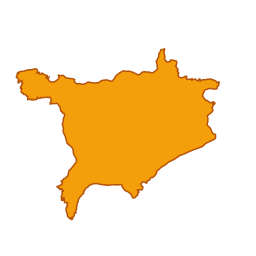 outline of Futuna, Vanuatu, rotated 258°
{"feature_id": "77236927B67175476765241", "entity_name": "Futuna", "entity_type": "district", "adm_level": 2, "iso_a3": "VUT", "parent_name": "Vanuatu", "parent_adm1": "", "projection": "equal_earth", "projection_center": [170.22, -19.529], "detail": "fine", "context": "isolated", "style": "filled", "palette": "amber", "viewbox_px": 256, "rotation_deg": 258, "n_neighbors": 0, "source": "geoboundaries", "source_scale": "gbopen_adm2", "svg_char_len": 5740}
<svg xmlns="http://www.w3.org/2000/svg" viewBox="0 0 256 256"><g transform="rotate(258 128 128)"><path d="M150.7,225.5L152.2,225.8L153.4,226.6L154.1,226.6L154.2,226.0L153.6,225.3L153.6,224.9L154.4,224.2L155.4,223.9L156.5,222.7L158.9,218.6L159.0,216.3L159.3,215.1L159.0,214.6L159.1,213.5L159.5,212.3L159.6,211.2L159.3,209.2L158.9,208.3L159.1,208.1L160.1,208.8L161.1,208.3L160.9,207.3L159.6,206.3L159.7,205.7L160.2,205.0L161.5,204.5L161.9,203.9L161.9,202.3L161.6,200.5L162.6,201.0L162.9,200.8L162.7,199.4L162.8,198.7L163.1,196.6L163.5,195.7L164.9,195.3L165.4,196.1L166.1,196.2L166.7,195.5L166.6,194.2L166.1,193.4L166.0,190.5L166.5,189.4L167.2,188.7L168.1,188.0L169.7,188.1L170.6,188.3L171.0,189.0L171.5,189.0L172.3,188.7L172.8,188.0L173.5,187.9L174.6,189.2L178.6,187.5L179.1,188.2L180.4,188.6L181.0,189.1L183.0,189.4L183.5,189.0L184.0,187.8L184.8,186.6L185.6,184.0L185.3,183.3L184.5,183.2L184.3,183.0L184.2,181.1L184.3,180.4L184.7,179.5L185.7,179.3L186.5,178.3L188.8,178.3L189.6,178.9L190.0,179.0L193.6,178.8L195.4,179.2L197.2,180.1L197.8,180.1L197.8,179.3L197.2,178.7L197.8,177.4L197.7,176.5L195.7,175.2L194.8,173.9L191.1,172.7L190.1,171.7L188.0,170.3L187.3,169.4L183.6,169.8L182.7,169.3L180.2,169.3L179.6,168.9L178.0,166.7L177.6,165.4L176.8,163.9L176.9,162.6L178.2,160.5L179.1,157.1L179.6,155.9L179.7,153.4L177.8,150.6L178.0,149.0L180.0,146.2L181.4,144.5L182.2,142.8L182.9,142.0L183.5,140.2L183.8,137.7L184.7,136.1L184.8,135.4L184.7,134.5L183.8,131.6L182.0,127.8L180.8,126.2L179.5,125.3L177.2,122.3L177.4,120.6L178.0,120.0L179.3,117.5L179.7,115.9L179.7,114.4L179.9,113.6L179.7,111.3L178.6,109.2L178.6,107.8L179.0,104.0L180.9,99.6L181.2,98.3L181.1,97.5L180.5,96.6L180.2,95.7L180.1,93.3L180.5,91.8L181.5,89.8L182.1,86.7L184.6,85.2L186.5,85.8L187.5,84.4L189.9,77.8L192.9,75.6L193.2,74.7L193.1,72.4L194.2,71.4L194.1,70.9L193.9,70.8L191.3,70.8L190.5,70.4L188.4,65.6L188.3,64.7L188.7,64.1L188.9,62.6L189.3,61.8L190.3,60.8L192.3,60.0L194.1,61.1L193.7,60.1L193.7,59.2L194.1,58.4L194.5,58.3L195.3,59.9L196.1,59.9L197.0,58.0L198.5,56.6L198.7,55.8L199.5,55.5L198.8,54.2L198.9,52.9L199.8,52.6L200.7,53.1L201.0,52.7L200.5,51.9L200.7,50.2L202.9,51.6L204.5,51.0L204.9,50.3L205.2,48.6L205.1,45.1L205.6,43.2L205.5,41.7L205.7,41.1L205.1,37.8L205.7,35.2L205.2,32.1L204.9,31.6L204.6,32.8L204.3,32.8L203.2,30.7L201.3,29.4L200.6,29.5L198.2,31.4L197.5,31.3L196.9,30.2L195.2,30.0L194.9,30.2L195.1,31.1L196.1,32.4L196.3,33.9L195.5,33.5L194.9,33.5L194.0,34.4L193.2,33.5L192.0,32.9L191.0,31.8L190.1,31.2L189.1,31.1L189.0,31.3L189.1,32.2L188.9,32.3L187.1,31.4L184.7,31.1L184.6,32.0L184.2,32.5L183.2,32.6L182.7,32.9L181.8,34.9L180.3,35.5L179.7,36.6L176.6,35.8L176.5,37.6L176.1,38.2L176.4,39.3L175.3,39.9L175.9,41.3L175.2,41.6L175.0,42.0L175.0,44.1L175.2,45.1L175.5,45.3L176.7,45.3L176.8,45.7L176.2,46.1L175.2,47.9L175.2,48.3L175.8,49.1L176.0,49.7L175.4,50.3L175.4,51.5L175.1,53.5L175.2,55.0L174.8,55.8L174.3,56.2L174.5,57.7L174.2,58.2L173.8,58.5L171.5,58.5L170.8,58.8L170.0,58.2L169.3,57.3L167.7,56.9L167.5,57.2L167.7,58.9L166.9,62.1L167.0,63.4L166.6,63.9L165.6,64.6L162.5,65.9L158.8,65.7L157.5,66.9L156.3,67.1L156.0,67.3L155.8,68.2L155.1,68.8L152.7,68.2L150.6,66.7L147.2,65.9L146.5,65.1L145.7,64.6L143.4,64.6L141.2,64.9L139.3,64.0L136.9,63.9L132.0,65.0L125.9,65.2L124.7,66.1L123.6,66.6L122.9,67.7L122.1,68.2L120.0,69.3L118.5,69.7L117.2,69.8L115.9,69.4L113.9,69.4L111.6,69.9L110.2,70.7L108.4,70.9L105.7,70.6L99.8,63.6L98.6,61.5L93.6,59.1L92.8,57.3L91.9,56.2L91.7,54.6L90.5,53.7L90.3,52.3L89.8,51.6L89.1,51.6L88.4,52.5L87.9,52.4L87.5,51.9L86.7,51.8L86.3,51.2L86.0,48.9L85.6,48.2L85.5,46.4L85.0,46.4L84.6,47.3L83.4,47.9L83.1,48.8L82.1,48.5L82.0,49.0L82.5,49.8L82.4,50.4L81.9,51.0L80.6,50.6L80.3,51.7L79.8,51.6L79.5,51.3L79.3,50.2L76.9,49.9L74.4,48.2L73.7,48.2L73.0,48.6L73.0,49.0L73.3,49.8L73.1,50.8L72.3,51.0L72.1,50.5L72.1,48.2L71.8,47.9L71.2,48.0L70.9,48.4L70.7,49.8L70.8,50.7L68.3,50.5L68.1,51.7L67.6,52.3L67.3,53.3L66.0,52.4L64.1,52.4L63.5,51.6L62.7,51.0L60.7,50.3L56.1,50.7L54.9,50.5L53.5,50.9L52.7,51.7L51.7,51.9L51.7,53.0L52.2,53.9L52.2,54.2L50.8,53.3L50.3,53.4L50.3,54.3L50.8,55.0L52.2,55.7L53.1,56.9L56.0,57.9L56.1,58.4L55.6,59.0L55.7,59.3L57.1,59.5L59.0,60.4L59.7,61.0L61.2,61.2L62.4,61.9L64.3,62.2L66.0,63.7L68.2,64.5L70.5,66.7L71.6,68.4L72.5,69.2L73.2,71.1L74.8,71.1L76.0,72.7L77.2,73.4L78.0,74.6L78.5,76.5L79.3,77.1L79.8,78.1L80.7,82.3L80.1,86.2L78.9,88.6L78.6,89.6L78.0,90.5L77.7,92.4L76.9,93.7L76.6,95.6L76.0,96.5L76.0,98.7L75.7,101.9L74.7,104.8L74.1,109.5L73.7,110.1L72.1,110.0L68.3,111.6L66.8,112.9L65.5,114.8L63.3,116.6L61.5,117.5L58.8,118.0L58.3,119.4L58.4,120.2L59.7,122.0L59.9,122.8L60.6,123.5L62.4,124.2L62.7,125.1L63.0,125.3L64.0,125.1L64.7,124.3L65.3,124.3L65.6,124.6L64.7,127.9L64.8,129.0L65.2,129.5L67.3,130.3L69.3,129.0L70.2,128.9L71.2,129.5L72.0,130.8L72.0,131.8L71.7,133.1L70.6,134.0L70.2,134.7L70.5,135.1L72.2,135.7L72.5,138.1L74.6,140.0L74.8,141.1L74.5,141.6L74.6,142.2L76.1,144.7L78.2,146.7L79.5,146.9L80.6,148.6L81.4,150.2L82.5,151.9L83.8,155.3L84.2,157.1L85.9,159.7L87.9,167.2L89.9,171.9L90.5,174.1L91.2,178.9L91.6,180.1L93.3,188.5L93.6,191.8L94.0,194.7L94.4,195.6L94.4,196.3L94.2,196.5L96.9,201.2L98.7,208.9L99.5,211.0L100.8,211.8L103.6,212.2L104.1,210.7L104.8,210.1L106.9,209.2L110.6,208.6L113.9,206.4L115.3,206.1L117.4,207.3L121.0,208.2L122.9,208.0L123.6,208.3L125.7,212.6L126.9,214.3L127.8,214.8L130.7,214.4L131.9,215.9L132.9,216.1L133.5,217.8L134.2,218.2L134.5,218.0L133.9,215.9L134.2,215.8L134.6,216.1L135.0,217.3L135.6,217.4L135.8,215.9L135.5,215.0L135.6,213.9L136.1,213.2L138.5,211.1L138.9,209.8L143.3,207.7L144.0,207.6L146.6,209.1L147.5,210.0L148.8,210.7L149.2,211.3L149.8,216.1L149.4,216.7L149.1,218.5L148.1,220.4L147.9,222.8L148.4,223.5L150.0,223.9L150.7,225.5Z" fill="#f59e0b" stroke="#b45309" stroke-width="1.5"/></g></svg>